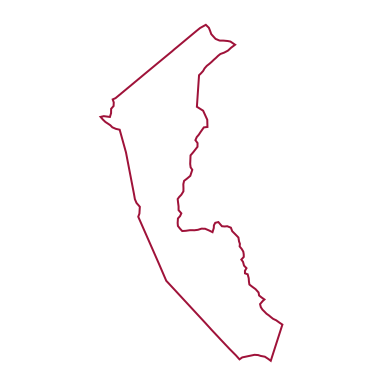 the district of Antônio Gonçalves, Bahia, Brazil, rotated 271°
{"feature_id": "56859067B38466194714379", "entity_name": "Antônio Gonçalves", "entity_type": "district", "adm_level": 2, "iso_a3": "BRA", "parent_name": "Brazil", "parent_adm1": "Bahia", "projection": "mercator", "projection_center": [-40.353, -10.606], "detail": "fine", "context": "isolated", "style": "outline", "palette": "rose", "viewbox_px": 384, "rotation_deg": 271, "n_neighbors": 0, "source": "geoboundaries", "source_scale": "gbopen_adm2", "svg_char_len": 2112}
<svg xmlns="http://www.w3.org/2000/svg" viewBox="0 0 384 384"><g transform="rotate(271 192 192)"><path d="M359.4,202.9L356.1,197.2L353.0,193.5L337.2,175.2L334.4,171.9L332.3,169.6L326.5,162.8L312.7,146.7L310.9,144.6L284.5,113.9L283.2,111.1L280.2,112.2L276.6,112.1L273.8,109.7L269.4,109.7L265.6,108.6L266.3,102.5L265.5,99.3L262.9,101.6L260.5,104.2L258.8,106.9L257.3,109.2L255.3,111.2L253.8,114.8L253.0,118.6L230.4,125.3L189.1,134.0L183.9,135.0L180.1,136.7L176.3,140.1L169.5,139.8L166.3,138.7L120.5,159.8L102.8,167.8L94.9,175.4L63.4,205.6L61.0,207.9L54.6,213.9L45.1,223.1L35.8,232.2L29.4,238.8L25.5,242.4L27.5,245.1L30.3,257.4L30.1,261.0L29.3,263.5L28.6,267.7L26.4,271.2L24.6,273.7L61.0,284.7L62.7,282.0L65.2,278.4L66.6,275.3L68.2,273.2L69.9,271.1L71.6,268.6L73.8,266.4L75.6,264.5L78.1,262.8L81.1,262.0L84.1,264.5L85.8,266.3L87.7,263.5L89.7,260.9L92.7,260.3L96.0,257.2L98.4,253.8L100.5,251.0L103.4,250.5L106.8,250.2L110.7,249.1L111.6,246.4L114.1,246.3L116.8,247.8L119.3,245.3L123.1,244.2L125.3,242.5L128.0,244.9L130.7,244.8L133.3,244.3L135.9,242.7L138.4,240.6L141.0,240.8L143.4,239.9L147.3,239.2L151.0,235.5L153.5,232.9L157.0,231.5L158.4,227.8L158.1,225.3L158.3,222.5L162.4,218.9L161.6,215.8L159.1,214.5L156.3,214.4L152.2,213.2L153.9,209.6L155.5,205.7L155.5,202.1L154.3,198.6L153.8,195.1L153.8,190.7L153.1,186.5L152.8,182.9L155.3,180.5L157.8,178.5L160.8,178.2L165.3,178.4L167.7,180.5L170.5,181.7L173.6,178.9L177.5,178.8L181.6,178.2L184.7,177.8L186.7,179.2L189.1,181.4L192.5,183.4L195.5,183.4L199.7,183.2L203.0,183.9L205.3,186.8L208.1,190.0L211.0,190.9L214.2,191.9L216.6,190.2L220.0,189.7L228.6,189.9L231.6,192.4L237.3,196.7L241.0,196.7L243.9,194.5L247.0,195.8L249.4,197.8L252.1,199.5L254.3,201.0L256.8,202.7L257.3,206.3L264.5,206.0L273.5,201.7L277.3,195.4L308.9,197.0L310.8,198.9L313.2,201.0L315.8,202.4L318.4,204.6L320.5,207.2L322.4,209.3L324.6,211.5L326.5,213.6L328.7,215.8L330.5,218.0L331.9,221.7L334.0,225.5L336.9,228.5L340.0,232.5L343.1,227.8L343.6,225.0L343.9,220.9L343.9,216.9L345.5,212.9L347.8,210.7L350.2,208.5L353.4,207.3L356.5,206.0L359.4,202.9Z" fill="none" stroke="#9f1239" stroke-width="2"/></g></svg>